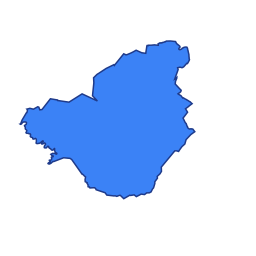 outline of Quechultenango, Guerrero, Mexico, rotated 60°
{"feature_id": "50627088B58610897814329", "entity_name": "Quechultenango", "entity_type": "district", "adm_level": 2, "iso_a3": "MEX", "parent_name": "Mexico", "parent_adm1": "Guerrero", "projection": "natural_earth1", "projection_center": [-99.221, 17.32], "detail": "fine", "context": "isolated", "style": "filled", "palette": "blue", "viewbox_px": 256, "rotation_deg": 60, "n_neighbors": 0, "source": "geoboundaries", "source_scale": "gbopen_adm2", "svg_char_len": 5593}
<svg xmlns="http://www.w3.org/2000/svg" viewBox="0 0 256 256"><g transform="rotate(60 128 128)"><path d="M76.9,43.6L73.9,47.7L73.8,47.9L73.1,49.2L72.8,49.7L71.9,51.3L71.9,51.8L71.9,52.1L72.0,52.3L71.9,52.5L71.9,53.0L71.7,53.2L71.7,53.3L71.7,53.6L71.6,53.8L71.6,54.3L71.6,54.5L71.3,55.0L71.2,55.2L71.2,55.4L71.3,55.6L71.2,55.9L71.2,56.3L71.0,56.6L70.8,56.7L70.8,56.8L70.6,57.2L70.5,57.4L70.5,57.6L70.4,57.6L70.2,57.9L70.2,59.7L70.2,59.9L70.7,60.0L71.2,60.2L71.5,60.4L71.3,60.7L70.9,61.3L70.4,61.9L69.2,63.6L67.9,66.5L66.5,69.0L66.8,69.2L66.1,70.3L66.8,71.0L68.2,72.1L72.2,75.3L69.7,78.5L64.7,82.1L64.7,84.7L64.6,86.8L64.4,89.0L64.0,92.1L63.6,93.2L61.6,94.6L67.0,108.6L66.1,108.6L65.5,117.1L66.1,128.1L67.3,132.7L71.8,135.0L82.3,142.6L89.3,141.0L75.5,150.7L76.1,166.2L69.0,175.2L68.5,175.0L63.9,180.6L69.0,193.2L68.2,195.3L65.4,194.8L64.5,195.5L64.4,200.5L61.9,203.1L61.2,205.8L61.1,206.1L61.5,206.0L62.0,206.1L62.4,206.3L63.0,206.8L63.5,207.2L63.8,207.6L64.0,207.9L64.1,208.0L64.0,208.3L64.2,208.7L66.0,211.9L68.2,215.8L70.8,219.0L70.7,219.4L71.1,219.2L71.2,218.8L71.2,218.5L71.2,218.2L70.9,217.5L70.6,216.8L70.5,216.0L70.7,215.2L71.3,214.1L71.8,213.5L72.3,213.2L72.6,213.2L72.9,213.4L73.9,214.3L74.0,215.2L74.0,216.0L74.1,216.4L74.3,216.5L74.8,216.6L75.8,216.5L76.9,217.1L77.2,217.3L77.5,217.4L77.9,217.3L78.3,217.2L78.7,217.0L79.3,216.9L79.7,216.9L80.2,217.5L80.8,218.3L80.9,218.6L81.1,218.7L81.3,218.7L81.5,218.6L82.1,218.2L82.7,217.1L83.7,216.5L83.8,216.3L83.9,216.0L84.1,215.8L84.3,215.6L84.5,215.6L84.8,215.6L85.1,215.7L85.5,215.9L85.7,216.2L85.9,216.4L86.2,216.7L86.4,216.8L86.7,216.8L87.1,216.7L87.4,216.6L87.6,216.4L88.1,215.9L88.6,215.5L88.9,215.5L89.1,215.6L89.7,215.8L90.0,215.8L90.1,215.7L90.3,215.4L90.5,215.1L90.6,214.8L90.6,213.9L90.8,213.3L91.2,213.1L91.6,213.1L92.0,213.2L92.5,213.3L92.8,213.5L93.1,213.7L93.5,213.9L94.0,214.2L94.5,214.7L95.1,215.1L95.4,215.1L95.6,215.0L95.9,214.7L96.4,213.9L96.5,213.6L96.6,213.1L96.9,212.6L97.0,211.7L96.9,210.8L96.6,209.4L96.5,208.6L96.6,208.2L96.9,208.0L97.2,208.1L97.4,208.3L97.4,208.6L97.4,209.0L97.5,209.5L97.5,209.9L97.7,210.3L97.9,210.6L98.1,210.7L98.5,210.7L98.8,210.6L98.9,210.3L99.2,209.8L99.2,209.4L99.2,209.1L99.1,208.7L99.2,207.7L99.3,207.6L99.6,207.5L100.2,207.4L100.6,207.4L100.7,207.5L100.9,207.6L100.9,207.8L101.1,208.1L101.5,208.8L102.0,209.6L102.8,210.2L103.0,210.3L103.3,210.3L103.6,210.0L103.8,209.7L104.1,209.2L104.3,208.7L104.4,208.4L104.2,208.0L104.1,207.7L103.9,207.4L103.7,206.6L103.8,206.4L104.3,206.0L104.7,206.1L105.2,206.3L105.6,206.3L105.8,206.2L106.4,206.0L106.9,205.7L107.1,205.5L107.5,205.4L108.2,205.3L108.8,205.2L109.1,204.9L109.3,204.7L109.5,204.3L109.5,204.0L109.5,203.7L109.4,203.1L109.1,202.7L109.0,202.0L109.4,201.9L109.8,202.2L110.1,202.5L110.3,202.7L110.7,202.8L112.9,203.1L113.3,202.8L114.2,202.3L114.3,202.3L114.5,202.4L114.7,202.6L114.9,202.8L114.9,203.0L114.7,203.3L114.3,203.6L114.0,203.7L113.9,203.6L113.2,204.2L113.1,204.5L112.9,205.1L112.6,205.5L112.3,205.8L112.3,206.2L112.3,206.6L112.2,207.2L112.2,208.0L113.7,207.7L113.8,207.6L114.2,207.4L114.5,207.1L114.6,206.9L114.8,206.8L115.2,207.0L115.3,207.1L115.4,207.3L115.2,207.9L114.9,208.8L115.0,209.0L115.7,209.3L115.9,209.3L116.2,209.3L116.6,209.4L116.7,209.5L116.8,209.6L117.0,210.0L117.1,210.4L117.2,210.8L117.2,211.0L117.0,211.3L116.8,211.6L116.7,211.8L116.6,212.0L116.6,212.3L116.8,212.4L117.1,212.4L117.4,212.3L117.6,212.2L117.9,212.1L118.2,212.1L118.4,212.3L118.6,212.4L118.7,212.6L118.7,212.8L118.7,213.1L118.5,213.3L118.4,213.8L118.4,214.3L118.5,214.5L118.7,215.0L118.9,215.0L119.0,215.0L119.3,214.8L119.6,214.5L120.0,213.8L120.0,212.0L119.4,209.6L119.9,209.2L121.6,198.6L125.3,193.4L127.2,192.5L144.9,190.9L145.0,190.6L146.6,190.0L147.7,189.8L149.1,189.2L150.8,190.6L151.1,190.9L153.1,191.9L154.6,190.9L155.0,190.7L155.5,191.2L156.1,191.1L157.3,191.0L158.3,191.7L159.0,191.9L159.8,190.9L160.4,191.1L160.9,190.9L162.0,188.7L163.0,186.8L164.5,186.3L165.5,186.5L172.6,180.2L175.5,179.9L179.9,174.0L180.2,173.1L181.6,171.9L182.0,169.4L182.3,168.5L182.6,168.3L187.1,167.0L187.1,160.1L187.7,159.5L189.0,156.1L191.6,155.1L191.8,151.4L191.8,149.7L193.9,147.0L193.7,145.2L193.5,144.4L194.9,141.7L194.8,140.5L194.9,140.0L193.1,137.3L192.6,135.8L189.5,132.5L188.0,131.7L186.2,127.6L184.5,126.9L183.7,123.3L182.3,120.7L178.5,118.7L171.2,98.9L172.2,97.2L173.6,95.9L172.8,94.4L171.1,90.6L170.3,86.8L167.1,83.5L165.1,76.9L164.6,72.0L161.4,72.4L160.7,73.1L160.6,73.5L160.2,73.8L160.0,74.2L159.9,74.7L159.7,75.2L159.1,75.6L158.7,75.8L158.2,76.0L157.2,76.1L156.6,75.8L155.6,75.9L153.3,75.4L152.0,75.7L151.4,75.7L149.1,75.5L147.0,75.4L146.7,75.0L146.5,74.2L144.1,68.5L140.1,68.6L139.7,65.1L139.4,63.6L139.0,60.3L137.2,60.9L136.5,61.0L136.0,61.4L134.4,62.2L133.5,62.7L133.1,63.0L132.9,63.0L132.1,63.5L131.4,64.0L131.0,64.2L130.2,64.7L129.7,64.8L129.4,65.6L126.4,66.0L124.2,67.3L123.4,67.6L123.3,66.9L123.2,65.2L123.1,64.9L122.9,64.1L121.9,63.1L119.2,63.8L113.5,65.1L111.4,63.6L109.3,60.9L108.7,60.5L109.0,61.5L109.1,62.9L109.1,63.2L102.5,55.4L101.6,55.2L100.6,54.9L101.3,52.6L102.5,51.3L102.7,51.2L102.8,51.1L102.9,49.3L101.4,44.7L101.9,44.3L101.3,43.2L101.0,42.7L100.7,42.3L100.4,41.7L99.8,40.9L99.4,40.5L98.6,40.4L97.9,40.0L96.8,39.5L96.7,39.5L96.0,39.1L95.5,38.9L95.3,38.8L94.8,38.5L94.3,38.4L93.8,38.2L93.4,38.1L91.7,37.6L91.4,37.4L90.6,37.3L89.8,37.0L88.6,36.6L87.4,36.6L86.6,37.8L86.1,39.2L86.2,39.6L86.1,40.4L86.0,40.9L86.2,41.0L86.3,42.0L86.4,42.3L86.3,42.7L86.3,42.9L86.1,43.6L86.2,43.9L85.5,44.5L84.9,44.5L84.5,44.1L84.4,43.9L84.3,43.5L83.9,42.4L82.8,42.3L79.1,43.7L76.9,43.6Z" fill="#3b82f6" stroke="#1e3a8a" stroke-width="1.5"/></g></svg>